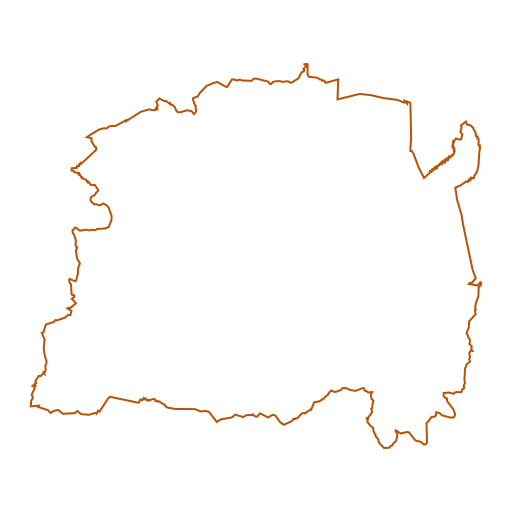 outline of Alfajayucan, Hidalgo, Mexico
{"feature_id": "50627088B1030892779314", "entity_name": "Alfajayucan", "entity_type": "district", "adm_level": 2, "iso_a3": "MEX", "parent_name": "Mexico", "parent_adm1": "Hidalgo", "projection": "mercator", "projection_center": [-99.403, 20.41], "detail": "fine", "context": "isolated", "style": "outline", "palette": "amber", "viewbox_px": 512, "rotation_deg": 0, "n_neighbors": 0, "source": "geoboundaries", "source_scale": "gbopen_adm2", "svg_char_len": 5943}
<svg xmlns="http://www.w3.org/2000/svg" viewBox="0 0 512 512"><path d="M465.9,121.6L460.9,125.5L461.6,127.3L460.4,132.1L462.3,134.0L461.2,139.3L459.0,139.5L456.1,138.4L454.0,141.2L453.3,140.8L452.8,142.5L453.6,142.9L452.4,145.9L453.3,146.1L452.7,147.7L454.3,148.1L453.7,149.7L454.5,150.0L453.9,151.5L454.5,151.8L453.2,154.8L452.5,154.6L451.9,156.0L451.1,155.8L450.5,157.3L448.9,156.6L448.7,158.3L447.9,158.0L448.0,159.6L446.5,158.9L446.6,160.5L445.1,159.8L445.0,161.5L444.2,161.0L444.3,162.6L442.4,161.4L442.2,163.0L441.4,162.7L441.6,164.2L440.1,163.6L439.5,165.1L438.8,164.8L438.0,166.3L437.3,166.0L437.1,167.7L435.6,167.0L435.8,168.5L434.3,167.9L434.0,169.6L432.5,169.0L432.4,170.6L431.7,170.3L431.4,171.9L429.9,171.2L429.8,172.8L424.0,178.0L418.5,167.2L413.7,154.2L412.1,151.2L410.3,150.9L411.1,137.7L410.4,102.9L407.0,101.4L407.1,103.6L404.4,100.6L404.0,102.6L397.5,99.9L383.7,98.1L371.0,95.2L359.7,93.9L337.5,99.4L338.2,79.4L325.6,82.8L324.3,80.6L322.0,80.7L321.6,79.7L319.9,79.5L317.3,77.7L308.7,76.7L307.5,74.1L307.6,64.3L305.8,63.9L304.6,64.3L306.3,66.0L303.5,68.9L304.2,69.6L303.9,71.3L301.8,72.1L298.4,78.3L291.8,82.5L290.4,82.7L288.0,81.3L282.4,81.8L279.5,81.1L274.8,81.4L273.1,81.9L270.9,84.2L269.9,83.9L268.1,81.6L256.0,78.5L253.5,78.9L251.7,80.8L242.1,80.5L239.7,79.6L237.4,80.4L232.1,79.2L227.4,86.6L226.3,87.0L217.3,82.0L214.5,82.7L206.7,85.8L200.3,92.4L197.5,96.6L193.5,97.9L192.9,98.8L194.3,103.7L195.7,105.9L195.6,108.6L196.2,109.6L196.1,111.6L194.0,114.1L191.5,111.1L187.2,110.3L180.0,112.3L178.0,112.2L176.5,111.0L174.5,106.8L172.1,104.5L170.5,104.8L170.0,102.9L168.9,103.3L166.3,101.1L163.9,100.9L159.3,98.5L156.3,101.7L157.8,105.3L156.5,107.5L157.1,107.3L157.4,109.3L155.9,109.1L155.6,110.0L153.7,110.3L149.1,109.4L140.7,111.8L126.1,121.2L126.1,120.2L115.8,125.8L109.3,126.3L106.5,128.5L104.1,128.2L99.1,129.5L90.1,134.9L86.9,137.1L91.6,138.3L91.3,141.0L95.0,146.9L96.1,147.3L96.1,149.9L82.5,162.6L80.9,162.7L81.1,163.9L79.2,164.1L79.2,166.2L77.0,166.1L76.9,167.9L71.8,168.2L71.6,170.6L73.4,170.7L74.4,172.3L79.2,173.1L79.6,174.0L78.8,174.5L81.0,176.2L81.0,177.0L82.2,177.3L82.0,178.3L86.2,179.8L87.1,181.8L87.7,181.4L88.1,182.6L89.0,182.4L90.8,184.9L94.9,185.1L98.1,190.0L97.8,191.2L96.2,192.5L94.9,194.9L91.2,197.0L90.6,198.0L90.7,201.0L94.1,204.3L96.2,204.2L99.5,205.4L103.4,203.5L107.0,205.5L108.6,207.5L111.6,215.9L111.5,220.0L108.5,227.2L104.8,228.5L97.2,229.0L95.5,230.1L90.6,229.8L89.5,230.5L86.1,229.6L80.6,230.6L79.5,230.5L75.9,227.6L74.6,227.8L73.7,229.5L72.5,230.2L72.8,233.0L74.2,234.9L76.0,241.1L75.5,244.5L76.1,246.6L77.3,247.3L75.9,250.5L77.1,258.5L79.9,263.4L78.2,267.8L77.9,273.5L76.3,280.1L75.2,281.3L69.6,278.9L69.2,279.8L69.4,282.0L71.0,284.4L71.6,294.3L72.3,295.1L74.1,295.2L74.5,296.1L74.0,297.3L71.8,298.7L75.9,303.3L70.4,307.9L68.3,307.8L67.4,308.4L71.5,310.8L70.4,315.1L68.0,315.0L65.1,317.6L57.1,320.3L55.0,320.2L54.0,321.9L45.9,324.5L43.4,332.4L41.8,333.0L44.6,339.4L43.7,348.9L45.0,356.5L46.5,361.4L46.3,363.9L45.2,366.2L45.8,369.2L44.6,372.6L43.7,372.3L44.3,374.0L43.3,373.3L40.8,376.0L38.7,376.0L35.4,381.1L36.1,383.1L35.1,383.3L34.9,384.9L33.8,385.2L35.1,385.7L33.8,386.4L34.9,386.5L34.5,388.8L32.0,393.8L31.8,395.5L32.6,396.4L32.8,398.3L31.2,400.6L30.7,406.4L38.9,405.6L38.2,407.0L47.8,410.1L50.6,413.0L53.5,411.0L58.1,409.9L62.9,413.8L74.5,413.2L77.6,411.1L81.1,414.1L88.9,414.8L95.1,412.9L96.5,413.8L98.0,410.8L99.4,411.8L107.9,398.7L110.0,396.8L138.7,402.8L140.5,399.4L142.1,400.2L142.3,399.5L143.5,399.4L144.0,398.0L144.7,398.7L145.8,398.5L146.3,400.2L148.2,400.0L148.3,400.6L153.8,398.9L155.4,399.7L155.5,401.1L157.2,401.5L157.8,401.0L159.2,401.6L164.8,405.0L165.7,406.5L167.6,407.6L175.4,409.0L194.9,409.1L200.5,411.4L206.2,411.0L209.1,412.0L216.8,422.0L220.7,419.4L231.9,417.4L235.3,414.6L243.2,417.1L246.3,415.2L252.0,415.0L252.8,414.4L255.0,416.4L257.2,416.7L260.0,413.4L268.2,417.5L272.3,414.9L275.3,415.4L279.8,421.8L283.7,424.8L291.5,421.3L293.5,418.9L295.2,418.5L295.3,419.0L297.5,418.0L302.0,413.3L305.1,412.8L305.3,413.3L308.4,410.8L311.2,409.9L311.0,408.9L311.8,408.3L314.1,402.3L319.0,401.4L322.0,399.8L322.4,398.9L323.8,398.7L325.6,396.4L328.0,394.9L328.5,393.2L331.3,390.5L334.3,391.9L336.0,391.8L340.8,390.1L342.4,388.1L346.3,388.2L350.3,390.0L355.6,390.9L362.8,388.0L364.3,388.6L364.5,390.5L366.8,391.3L368.2,392.5L372.1,392.1L370.7,394.7L371.6,398.9L373.5,400.9L372.5,404.0L372.2,407.9L371.3,408.8L372.2,412.0L368.1,417.8L366.8,418.0L366.7,418.7L367.9,418.9L367.4,421.9L370.7,426.1L373.1,427.6L373.4,430.5L374.5,433.4L375.5,434.3L375.5,436.1L378.0,439.0L379.2,443.1L384.2,448.1L389.8,447.6L390.4,446.0L392.1,445.6L393.6,443.1L395.9,441.1L397.3,436.1L397.2,433.4L395.6,431.5L395.7,430.4L400.8,433.5L406.9,432.0L408.9,432.3L415.4,440.5L420.5,441.8L424.1,444.5L425.9,444.1L427.0,442.6L426.5,423.0L427.9,422.0L431.6,416.8L433.3,417.0L435.7,415.9L436.3,412.2L439.7,413.1L441.9,415.3L450.1,417.5L453.5,417.6L454.8,415.7L455.0,414.0L453.5,409.6L447.2,401.2L446.9,398.4L446.1,398.5L443.6,396.3L443.7,393.0L449.0,392.5L453.4,393.8L455.0,392.5L456.8,392.0L461.4,392.3L462.2,389.5L464.1,388.4L463.7,385.6L465.0,382.9L464.4,379.7L465.1,368.5L466.7,364.2L470.0,361.6L469.1,358.7L470.0,357.3L469.2,353.4L470.8,350.5L472.4,350.8L471.3,349.1L471.7,346.3L469.4,343.9L470.0,341.7L469.6,338.9L468.3,337.5L467.8,335.2L466.5,333.4L468.8,327.5L469.1,321.4L475.6,314.3L475.0,310.3L475.8,309.7L475.1,308.2L475.9,302.9L478.4,296.4L478.7,287.3L480.7,285.2L481.3,282.8L480.4,282.3L477.5,285.4L468.8,284.0L469.5,283.1L472.3,282.4L475.8,278.2L472.6,269.8L462.9,223.7L461.5,214.7L457.1,199.8L455.3,187.6L460.5,185.4L466.3,181.4L467.7,181.9L468.2,180.5L469.5,180.8L469.4,179.1L470.8,179.4L470.9,177.6L473.8,178.3L474.0,176.4L477.0,171.8L478.5,165.3L479.3,152.0L480.2,147.4L479.4,147.1L479.8,145.2L478.5,145.1L478.6,138.4L479.2,138.3L477.3,138.3L477.5,136.5L475.9,136.1L475.6,132.5L473.5,129.4L473.4,128.0L470.1,125.1L467.1,124.7L465.9,121.6Z" fill="none" stroke="#b45309" stroke-width="2"/></svg>